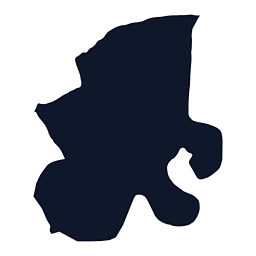 the district of Al Abdiyah, Ma'rib, Yemen
{"feature_id": "15242507B67185133145675", "entity_name": "Al Abdiyah", "entity_type": "district", "adm_level": 2, "iso_a3": "YEM", "parent_name": "Yemen", "parent_adm1": "Ma'rib", "projection": "natural_earth1", "projection_center": [45.391, 14.717], "detail": "fine", "context": "isolated", "style": "filled", "palette": "ink", "viewbox_px": 256, "rotation_deg": 0, "n_neighbors": 0, "source": "geoboundaries", "source_scale": "gbopen_adm2", "svg_char_len": 5720}
<svg xmlns="http://www.w3.org/2000/svg" viewBox="0 0 256 256"><path d="M175.4,225.4L176.4,225.5L177.9,225.6L178.2,225.6L179.8,225.6L181.5,225.5L183.6,225.3L185.4,225.0L187.3,224.5L188.9,224.1L190.2,223.1L192.1,222.1L194.2,220.0L195.1,218.6L196.6,216.1L198.1,212.6L198.5,210.8L198.9,208.9L198.9,207.0L198.8,204.9L198.7,203.7L198.6,203.0L198.1,201.3L197.2,199.8L196.0,198.8L194.8,197.6L193.6,196.6L192.2,195.7L190.6,194.9L189.1,194.4L187.7,193.8L186.9,193.6L185.6,192.9L184.4,192.5L182.9,191.7L181.4,190.6L180.1,189.5L178.7,188.5L177.3,187.5L175.9,186.5L174.5,185.5L173.2,184.2L171.8,182.6L170.8,181.0L169.6,179.6L168.6,177.8L167.8,176.1L167.2,174.3L166.9,172.5L166.6,170.7L166.3,168.8L166.3,166.7L166.9,164.9L167.7,163.0L168.9,161.3L169.8,160.5L170.8,159.1L172.3,158.2L173.8,157.3L174.9,156.0L176.1,154.5L177.1,153.1L178.0,151.5L178.6,149.8L179.8,148.2L180.8,147.5L182.5,146.9L184.2,147.1L185.6,148.0L186.7,149.5L187.7,151.0L189.2,152.0L190.8,152.5L192.5,153.5L193.4,155.0L192.6,156.7L191.7,158.2L190.7,159.7L189.8,161.3L189.9,163.5L190.7,165.0L191.7,166.7L192.8,168.5L193.8,170.4L194.8,172.3L195.8,173.9L196.8,175.7L197.8,177.3L199.3,178.5L200.6,178.6L201.0,178.6L202.6,178.4L204.2,177.9L205.8,177.3L207.5,176.7L209.1,175.8L210.6,174.8L212.3,173.6L213.7,172.5L214.4,172.0L215.2,171.3L216.7,170.0L217.5,169.3L218.0,168.7L219.1,167.2L219.9,165.5L220.5,163.5L221.0,161.7L221.5,159.5L221.6,157.3L221.6,155.3L221.6,153.4L221.6,151.5L221.7,150.7L221.7,149.3L221.7,148.9L221.7,147.4L221.7,145.2L221.8,143.1L221.8,141.1L221.6,138.7L221.5,136.8L221.1,134.9L220.7,132.9L219.8,131.3L219.1,130.5L218.6,129.9L217.1,128.8L215.6,128.0L213.9,127.2L212.3,126.4L210.6,125.9L208.9,125.2L207.3,124.7L205.6,124.3L203.8,123.9L202.2,123.6L200.3,123.2L198.6,123.0L196.9,122.5L195.3,122.1L193.4,121.6L192.0,120.8L190.6,119.5L189.3,118.0L188.4,116.6L188.3,116.3L187.7,114.5L187.7,112.6L187.7,110.6L187.7,108.4L187.7,106.4L187.8,104.4L187.8,102.3L187.9,100.5L188.0,98.4L188.1,96.2L188.1,95.9L188.3,93.9L188.4,92.0L188.6,90.1L188.8,88.0L189.1,86.2L189.2,83.7L189.3,81.9L189.4,80.0L189.5,77.5L189.5,75.4L189.7,73.3L189.9,71.1L190.0,69.0L190.2,66.5L190.4,63.9L190.6,61.8L190.7,59.4L190.7,56.9L190.6,54.5L190.5,52.4L190.6,50.5L191.0,48.4L191.0,46.2L191.1,44.3L191.1,42.4L191.2,40.3L191.1,38.4L190.9,36.6L190.9,34.8L191.1,32.7L191.4,30.9L191.6,29.1L192.3,27.3L193.2,25.8L194.1,24.3L195.0,22.6L196.0,20.6L196.8,19.0L197.8,17.4L198.6,16.2L198.1,16.2L196.5,16.2L194.8,16.1L193.3,15.7L191.6,15.4L189.7,15.4L188.0,15.6L186.0,15.8L184.4,15.9L182.7,15.9L181.0,15.9L179.2,15.9L177.3,16.1L175.4,16.1L173.9,16.1L173.6,16.1L173.4,16.1L173.2,16.1L171.9,16.2L170.3,16.2L168.3,16.5L166.5,16.7L164.6,17.0L162.9,17.3L161.0,17.6L159.0,17.7L157.3,17.8L155.6,18.0L154.1,18.1L152.4,18.5L150.7,18.7L149.0,19.3L147.2,19.9L145.6,20.7L144.1,21.4L142.6,22.1L141.5,22.3L141.1,22.4L139.4,22.7L137.7,23.0L136.1,23.2L134.4,23.3L132.6,23.6L131.0,24.0L129.3,24.5L127.7,25.1L126.0,25.6L124.3,25.9L122.7,26.0L121.1,26.3L119.3,26.8L117.7,27.3L116.0,28.1L114.5,28.8L113.1,29.6L111.4,30.6L109.9,31.5L108.4,32.5L107.3,33.8L106.2,35.2L105.2,36.7L104.1,38.1L102.8,39.3L101.3,40.2L99.8,40.8L98.3,41.6L97.2,43.0L96.3,44.5L95.1,45.8L93.6,47.2L92.1,48.3L90.5,49.0L89.2,50.3L88.1,51.9L86.8,53.2L85.2,53.5L83.5,53.1L82.1,53.8L81.5,54.4L80.7,55.1L79.5,56.0L79.3,56.1L77.7,57.2L76.3,58.0L75.8,59.9L76.2,61.7L76.7,63.4L77.3,65.5L78.1,67.4L78.7,69.1L79.4,70.8L80.0,72.5L80.6,74.4L81.1,76.3L81.3,78.2L81.6,80.0L82.1,81.8L82.1,83.8L81.9,85.7L81.0,87.3L79.5,88.3L77.8,88.7L76.3,89.1L74.9,90.2L73.3,90.9L71.7,91.5L70.2,92.2L68.8,93.1L67.4,94.1L65.8,94.7L64.1,95.7L62.5,96.5L61.1,97.6L59.6,98.5L58.1,99.5L56.5,100.4L54.9,101.3L53.3,102.2L51.8,102.8L50.1,103.3L48.5,103.8L46.9,104.4L45.2,104.8L43.5,104.9L41.8,104.8L40.2,104.5L38.7,104.1L37.6,105.5L37.2,107.3L36.5,108.9L35.6,110.5L35.3,111.2L36.9,111.9L37.7,113.5L38.5,115.3L39.5,116.9L40.7,118.3L41.9,119.9L43.1,121.2L44.2,122.6L45.4,124.2L46.3,125.8L47.3,127.7L48.1,129.5L48.9,131.3L49.4,133.2L50.3,134.9L51.0,136.6L52.2,138.1L53.4,139.4L54.2,141.3L55.3,142.7L56.7,144.0L58.0,145.4L59.2,146.6L60.3,148.1L61.5,149.9L62.4,151.5L63.2,153.3L64.1,155.0L64.9,156.8L65.9,159.5L58.9,160.9L57.1,161.3L55.3,161.9L53.7,162.3L52.0,163.0L50.0,164.1L49.8,164.3L49.6,164.5L49.2,164.7L48.7,165.1L48.3,165.4L48.0,165.8L47.7,165.9L47.5,166.2L47.3,166.4L47.0,166.8L46.8,167.0L46.6,167.3L46.4,167.6L46.3,167.9L46.0,168.2L45.7,168.6L45.3,169.2L44.8,169.7L44.6,170.1L44.3,170.4L44.0,170.8L43.8,171.1L43.5,171.5L43.4,171.8L43.1,172.1L42.9,172.4L42.8,172.5L42.6,172.8L42.2,173.3L41.9,173.9L41.7,174.2L41.4,174.5L41.2,174.8L40.8,175.5L40.6,175.8L40.5,176.2L40.2,176.7L40.0,177.1L39.8,177.6L39.6,178.0L39.3,178.5L39.1,179.0L38.9,179.4L38.6,179.9L38.5,180.3L38.3,180.8L38.2,181.2L38.0,181.5L37.8,181.9L37.6,182.2L37.4,182.5L37.2,183.0L37.1,183.5L36.9,183.8L36.7,184.6L36.6,185.3L36.5,185.6L36.4,186.1L36.3,186.6L36.2,187.1L36.1,187.8L35.9,188.6L35.8,189.3L35.7,189.7L35.6,190.3L35.5,190.9L35.3,191.5L35.3,191.9L35.1,192.5L35.0,193.2L34.8,193.7L34.7,194.3L34.6,194.8L34.4,195.4L34.3,196.1L34.2,196.2L42.9,208.6L43.1,209.2L43.7,210.9L44.6,212.7L45.3,214.4L46.0,216.1L46.8,217.8L47.5,219.5L48.6,221.3L49.5,222.9L50.4,224.4L51.2,226.3L50.6,229.2L50.6,230.3L50.6,231.1L51.7,233.0L52.6,232.8L58.8,231.0L59.5,230.8L71.7,237.5L73.5,238.4L77.5,240.6L77.8,240.6L80.1,240.6L89.7,240.6L90.8,240.6L102.1,240.2L106.3,239.7L109.5,239.3L115.4,236.7L116.1,235.4L122.4,224.7L133.0,198.4L134.5,195.6L135.4,194.7L136.4,194.1L138.4,193.9L140.3,194.0L141.9,194.1L145.1,195.8L146.7,197.6L148.7,201.1L152.0,207.8L155.7,215.5L157.9,218.2L159.8,219.9L160.2,220.2L163.7,222.2L168.1,223.7L169.8,223.8L171.3,224.4L172.9,225.0L174.6,225.3L175.4,225.4Z" fill="#0f172a" stroke="#020617" stroke-width="1.5"/></svg>